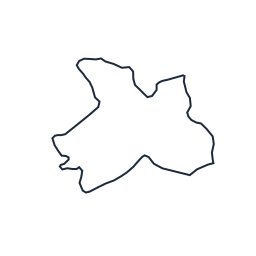 the border of Skopje, rotated 49°
{"feature_id": "MKD-2901", "entity_name": "Skopje", "entity_type": "Statistical Region", "adm_level": 1, "iso_a3": "MKD", "parent_name": "North Macedonia", "parent_adm1": "", "projection": "natural_earth1", "projection_center": [21.679, 41.893], "detail": "fine", "context": "isolated", "style": "outline", "palette": "slate", "viewbox_px": 256, "rotation_deg": 49, "n_neighbors": 0, "source": "natural_earth", "source_scale": "10m", "svg_char_len": 1262}
<svg xmlns="http://www.w3.org/2000/svg" viewBox="0 0 256 256"><g transform="rotate(49 128 128)"><path d="M49.0,113.5L49.5,112.9L55.0,107.4L56.2,105.5L57.9,102.7L63.0,101.4L70.4,96.7L78.5,93.1L82.9,87.1L88.8,87.1L94.3,91.7L100.2,94.5L105.6,94.0L112.6,93.5L117.4,93.1L119.6,88.9L118.1,81.5L114.0,77.9L114.0,74.6L115.0,71.1L117.3,67.0L120.8,59.6L124.4,51.9L125.9,51.3L129.6,55.4L139.4,60.4L146.0,61.6L152.6,66.3L155.2,73.2L159.1,74.9L163.6,74.9L168.8,72.8L172.5,69.9L180.3,69.3L189.9,69.6L196.3,73.7L201.6,80.8L208.2,85.3L210.6,86.6L208.2,91.3L204.5,102.9L204.1,112.3L196.7,117.5L191.0,121.5L181.0,128.5L172.0,131.9L163.4,131.5L159.6,133.4L159.1,136.3L159.9,143.3L160.8,149.6L160.8,157.8L159.9,164.8L158.4,172.9L155.2,181.4L152.9,190.3L150.8,198.8L149.1,202.1L145.5,203.2L137.6,200.6L134.4,195.5L130.3,190.6L125.5,190.6L125.3,193.6L122.4,196.9L118.5,200.3L116.2,204.7L112.4,204.7L111.7,202.9L113.2,199.9L112.9,193.6L111.2,192.1L108.5,193.2L105.3,196.2L100.3,195.8L92.9,194.7L86.2,191.8L86.0,189.7L85.9,188.1L87.4,185.5L89.4,183.3L91.5,179.5L92.0,168.1L92.7,148.1L92.7,136.7L89.4,132.2L83.2,132.8L74.4,128.6L68.2,126.8L62.3,126.8L58.6,126.4L57.9,126.3L51.0,126.3L46.9,125.4L45.4,120.8L46.9,115.7L49.0,113.5Z" fill="none" stroke="#1e293b" stroke-width="2"/></g></svg>